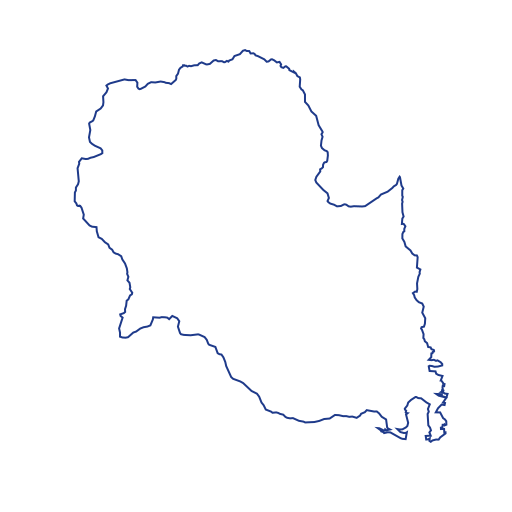 Belis, Cluj, Romania (Mercator projection), rotated 83°
{"feature_id": "2599482B26084310177875", "entity_name": "Belis", "entity_type": "district", "adm_level": 2, "iso_a3": "ROU", "parent_name": "Romania", "parent_adm1": "Cluj", "projection": "mercator", "projection_center": [22.964, 46.612], "detail": "fine", "context": "isolated", "style": "outline", "palette": "blue", "viewbox_px": 512, "rotation_deg": 83, "n_neighbors": 0, "source": "geoboundaries", "source_scale": "gbopen_adm2", "svg_char_len": 5971}
<svg xmlns="http://www.w3.org/2000/svg" viewBox="0 0 512 512"><g transform="rotate(83 256 256)"><path d="M170.8,428.0L179.6,429.3L181.9,427.9L183.9,427.5L184.6,426.7L184.9,425.3L184.5,425.1L184.8,424.4L186.8,423.3L194.0,421.9L197.7,423.0L205.4,417.5L206.9,415.2L207.9,410.8L212.1,411.0L218.2,410.0L220.2,407.0L223.9,404.3L226.5,401.3L230.0,400.4L232.2,398.0L235.0,396.9L236.5,395.0L237.4,392.7L239.8,389.8L243.1,389.1L247.5,386.9L252.6,385.7L256.5,385.6L258.0,386.1L261.1,385.2L264.5,386.6L267.2,384.8L271.7,384.6L273.4,385.3L277.4,383.3L278.9,383.9L279.8,385.8L283.5,388.0L284.6,389.8L289.6,391.0L292.8,392.5L295.6,392.7L296.6,394.2L297.4,397.9L299.0,397.7L300.9,395.9L311.2,400.7L315.5,400.3L319.5,400.8L320.6,398.5L321.2,395.4L321.0,392.9L317.0,387.1L316.4,384.2L313.9,379.7L313.0,376.3L312.8,372.4L312.0,369.3L306.4,366.1L304.3,365.5L305.5,359.3L305.2,357.0L305.8,353.5L306.4,351.5L308.1,349.9L305.3,346.4L308.2,341.8L311.4,340.1L316.6,342.1L323.2,340.8L324.5,340.0L325.5,337.3L326.7,330.6L326.7,323.0L327.2,321.8L330.2,316.9L333.2,315.1L337.2,314.1L338.4,313.3L341.3,307.4L347.8,305.9L349.0,304.3L349.6,302.3L352.6,300.7L357.5,299.4L361.6,299.0L373.1,295.4L375.1,293.7L378.6,286.9L380.6,284.2L389.4,276.9L392.8,271.8L396.0,270.0L402.1,268.4L405.0,266.6L409.6,265.0L412.3,260.0L413.6,258.7L413.7,255.0L414.5,253.0L415.6,251.5L416.8,248.3L419.3,246.4L420.4,244.8L421.3,241.9L421.4,239.1L424.8,233.5L426.2,229.0L427.2,227.5L427.9,218.3L427.4,213.3L426.1,208.2L426.3,202.7L423.4,197.0L424.1,193.1L425.6,189.0L425.9,186.0L427.0,183.0L427.1,180.0L428.9,175.8L427.1,172.2L425.4,170.9L424.3,167.0L422.5,164.9L424.8,157.6L425.0,155.1L427.2,153.0L430.9,150.8L434.1,146.8L442.2,146.7L443.2,146.1L444.5,144.2L444.9,147.9L443.8,148.9L444.9,149.4L444.9,150.2L442.0,154.6L441.7,156.1L444.5,153.1L445.3,153.1L446.3,151.1L447.4,150.4L447.0,146.7L447.5,144.1L454.5,134.6L455.3,133.0L456.0,129.8L449.4,127.8L449.8,128.6L449.7,130.8L448.3,134.2L445.0,136.8L445.7,134.5L445.9,131.8L444.4,128.1L443.2,126.5L440.1,125.3L431.6,126.4L430.5,124.7L430.1,126.1L429.4,126.5L428.0,125.8L426.5,126.9L425.6,126.9L422.9,124.1L420.0,122.8L417.7,119.6L415.4,114.9L415.5,114.1L416.8,112.3L417.4,109.4L422.1,104.7L424.4,101.6L428.8,104.0L431.6,103.5L433.7,104.9L445.1,105.6L447.5,104.2L450.4,103.6L452.2,105.4L455.6,104.5L455.3,109.5L458.9,109.4L458.9,107.2L458.2,105.8L460.6,106.4L461.7,105.2L460.6,103.4L460.1,99.7L460.5,97.1L458.5,95.3L455.2,89.5L454.1,89.4L454.1,90.6L450.6,90.4L450.3,93.5L448.9,93.4L448.6,91.8L446.3,91.3L446.4,90.2L446.1,89.6L447.1,89.4L446.6,87.6L443.1,87.3L441.1,88.5L439.8,90.0L433.7,92.3L433.1,96.6L429.3,93.9L426.1,89.9L426.9,87.0L424.9,86.3L424.2,88.2L419.8,84.3L416.9,91.7L414.9,93.9L415.8,88.4L417.7,88.6L419.6,84.2L416.2,82.7L415.6,85.2L413.8,87.5L413.5,88.8L413.3,88.4L413.7,87.0L412.6,86.5L412.4,87.8L411.5,87.5L411.6,86.8L409.1,86.9L407.7,86.5L408.1,85.1L406.1,84.5L405.7,85.8L404.9,85.7L402.2,87.3L402.1,87.8L397.8,85.5L396.3,89.5L394.8,91.5L392.4,91.9L391.3,97.7L386.5,98.0L386.1,97.0L386.7,94.6L387.7,92.4L387.9,88.9L387.3,84.5L385.9,84.3L383.9,85.7L381.7,88.6L382.0,90.1L380.7,92.1L380.8,94.4L380.1,97.2L377.8,94.4L374.1,93.8L374.0,92.7L372.8,92.3L372.6,91.2L372.1,90.8L370.9,91.0L369.9,93.2L368.0,93.8L367.3,96.2L363.3,96.8L361.2,98.8L359.1,99.1L357.8,99.9L354.0,99.2L349.3,100.3L348.1,101.0L346.8,100.3L346.6,97.9L343.8,96.6L338.4,95.6L332.5,97.9L326.7,95.7L323.4,96.8L321.7,100.0L319.4,102.0L316.5,103.5L314.1,103.8L312.0,104.8L310.7,102.4L311.1,100.8L308.5,99.9L302.8,99.5L296.4,97.4L293.5,95.6L291.9,95.6L289.4,94.5L287.1,97.7L276.9,95.7L275.4,96.1L275.0,96.3L274.7,98.4L272.6,100.6L269.3,102.0L264.7,106.3L260.1,107.0L256.4,108.6L252.0,108.0L250.0,106.8L249.6,105.8L247.1,105.5L244.7,104.1L242.3,105.4L242.0,105.9L242.0,107.3L236.7,106.2L234.8,104.7L230.4,105.3L221.8,104.6L220.1,103.9L218.2,104.2L215.2,103.1L213.9,103.5L208.5,102.8L207.0,101.6L203.8,103.0L195.3,103.5L194.8,103.8L196.6,105.3L201.5,107.3L202.5,108.2L203.7,110.8L205.1,112.4L208.2,117.5L210.2,124.5L212.8,127.4L213.4,129.1L219.8,141.6L219.8,144.5L218.5,152.7L218.6,155.9L218.0,158.0L216.1,160.1L215.5,161.6L215.6,162.6L216.7,165.6L216.6,169.5L214.6,172.3L213.0,175.9L211.3,177.7L210.2,178.3L207.3,176.6L202.5,177.4L198.7,181.1L190.4,187.2L187.8,187.9L184.7,186.4L179.9,181.9L177.8,181.8L177.1,180.1L176.0,178.7L173.6,178.3L171.9,177.2L171.4,176.5L171.3,174.6L170.2,173.7L165.0,172.4L161.7,172.2L160.5,173.0L159.4,175.1L156.9,177.4L154.4,178.1L149.3,176.9L145.8,175.4L143.1,176.2L141.4,174.8L140.7,174.8L133.8,177.9L124.2,179.2L119.3,183.4L113.0,185.7L109.0,188.6L101.6,187.7L97.3,189.3L96.2,190.6L93.3,192.0L86.1,190.6L84.1,190.7L82.5,193.0L79.4,194.2L77.8,195.7L78.6,195.7L75.6,200.2L74.2,200.3L71.4,202.9L71.3,203.7L72.6,205.9L71.7,207.8L70.3,208.5L68.9,207.7L66.2,209.0L66.4,211.7L64.0,214.1L62.7,216.1L62.7,217.1L64.4,219.8L64.5,221.7L61.8,223.8L57.8,229.8L56.8,232.0L55.4,232.7L54.5,233.8L54.3,236.7L51.8,237.7L51.3,240.4L50.3,241.7L50.7,244.0L53.7,247.4L54.9,253.0L57.9,255.4L58.7,258.7L59.7,259.7L58.8,261.1L59.8,263.2L59.8,264.1L58.5,266.0L58.1,269.9L56.6,271.9L56.8,274.2L59.7,278.4L59.9,281.0L59.8,282.0L57.2,286.3L58.0,288.9L59.5,290.6L59.2,294.1L59.7,297.4L59.1,299.2L59.6,300.9L58.5,302.4L58.6,303.3L57.9,304.0L57.8,305.2L58.9,305.6L60.0,308.0L61.7,309.7L65.5,311.2L67.7,313.2L70.3,313.5L71.5,314.2L75.0,319.3L73.8,321.3L73.1,324.4L72.3,325.7L71.2,329.4L71.5,334.8L70.7,338.9L71.9,342.4L74.3,345.2L76.1,350.1L76.2,351.3L75.5,352.3L73.5,353.3L69.5,352.6L66.7,354.1L65.9,361.2L64.7,365.0L66.8,379.6L67.7,382.2L68.6,383.7L71.7,382.5L75.3,384.5L78.8,388.3L84.8,388.7L87.9,389.5L90.7,392.2L93.1,397.0L97.8,398.9L101.4,400.9L102.1,401.7L103.3,404.8L104.3,405.5L110.8,405.1L117.9,407.3L122.5,406.9L124.6,405.2L126.9,402.5L130.2,397.1L132.5,395.7L135.2,396.0L136.0,397.6L138.0,405.0L138.3,408.2L139.1,411.0L139.0,413.2L137.8,417.0L141.0,420.2L142.9,420.2L147.1,422.4L160.3,422.8L163.1,423.9L166.1,426.4L169.1,426.8L170.8,428.0Z" fill="none" stroke="#1e3a8a" stroke-width="2"/></g></svg>